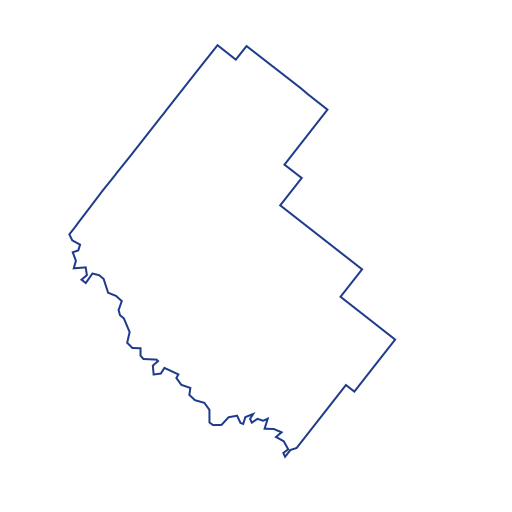 Richland, Montana, United States of America (Mercator projection), rotated 218°
{"feature_id": "52423323B43875780318183", "entity_name": "Richland", "entity_type": "district", "adm_level": 2, "iso_a3": "USA", "parent_name": "United States of America", "parent_adm1": "Montana", "projection": "mercator", "projection_center": [-104.546, 47.751], "detail": "fine", "context": "isolated", "style": "outline", "palette": "blue", "viewbox_px": 512, "rotation_deg": 218, "n_neighbors": 0, "source": "geoboundaries", "source_scale": "gbopen_adm2", "svg_char_len": 1336}
<svg xmlns="http://www.w3.org/2000/svg" viewBox="0 0 512 512"><g transform="rotate(218 256 256)"><path d="M105.8,129.7L105.7,209.7L95.0,209.7L95.0,240.9L94.9,275.8L164.3,275.9L164.2,310.8L268.1,310.8L268.0,345.6L289.8,345.5L289.8,415.3L314.8,415.4L324.3,415.8L392.7,415.6L392.8,398.3L416.1,398.4L416.1,398.2L416.2,381.9L416.3,373.5L416.4,347.9L416.5,316.0L416.4,312.4L416.5,307.3L416.6,258.3L416.9,235.8L416.9,234.9L416.8,233.8L417.0,220.3L417.1,212.1L416.9,200.5L416.6,176.9L416.6,174.9L416.4,168.1L416.4,159.5L416.4,158.1L410.4,155.2L401.6,156.6L399.5,151.0L402.7,146.1L395.0,141.4L392.0,134.1L383.2,142.2L377.5,136.8L378.9,129.9L373.5,129.9L374.1,141.5L367.8,144.3L361.9,144.1L349.9,136.0L341.7,138.4L334.0,137.8L331.0,128.8L326.7,125.6L321.7,125.5L308.7,118.2L304.1,108.3L296.8,107.4L290.2,112.2L285.7,106.4L281.3,105.5L270.6,113.1L268.5,112.9L269.8,106.1L263.7,99.6L258.6,104.8L259.3,111.4L244.3,114.9L243.6,110.8L235.5,108.5L226.5,111.6L223.0,105.5L215.3,104.8L206.3,108.5L198.0,106.1L190.2,96.2L185.8,96.3L179.2,101.6L178.3,112.1L172.6,118.5L165.4,114.9L162.7,115.8L165.2,122.5L161.0,129.7L160.4,124.0L156.7,122.1L154.6,128.6L148.9,130.6L146.6,135.0L142.9,125.2L135.5,130.6L127.3,132.8L128.8,125.7L120.0,127.1L111.6,123.5L113.2,117.6L109.5,115.7L109.4,124.4L105.8,129.7Z" fill="none" stroke="#1e3a8a" stroke-width="2"/></g></svg>